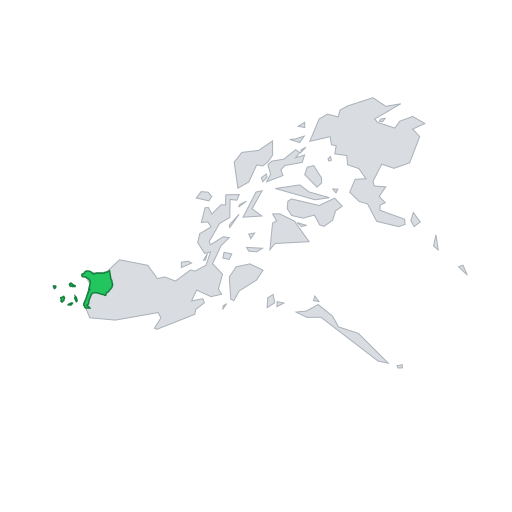 Cagayan on a map of Philippines (orthographic projection), rotated 260°
{"feature_id": "PHL-2545", "entity_name": "Cagayan", "entity_type": "Province", "adm_level": 1, "iso_a3": "PHL", "parent_name": "Philippines", "parent_adm1": "", "projection": "orthographic", "projection_center": [121.637, 18.548], "detail": "fine", "context": "in_parent", "style": "filled", "palette": "green", "viewbox_px": 512, "rotation_deg": 260, "n_neighbors": 0, "source": "natural_earth", "source_scale": "10m", "svg_char_len": 6813}
<svg xmlns="http://www.w3.org/2000/svg" viewBox="0 0 512 512"><g transform="rotate(260 256 256)"><path d="M237.5,78.6L257.6,87.7L269.0,83.0L266.0,105.7L276.0,121.0L265.6,147.8L250.9,155.0L251.2,162.5L245.3,172.3L253.6,189.0L251.7,193.5L255.6,205.2L267.9,211.9L267.5,205.8L279.3,200.9L287.8,204.5L292.5,216.9L297.9,214.4L298.5,208.0L312.3,214.2L312.0,217.5L305.0,219.8L312.5,230.4L311.6,234.9L321.5,236.9L319.4,250.2L314.3,246.8L316.2,240.3L298.5,236.9L294.3,225.7L278.5,212.5L275.0,213.1L280.6,227.1L278.7,232.8L272.5,223.6L255.9,211.8L243.9,219.9L230.0,213.2L224.3,215.5L223.8,204.6L232.8,191.6L223.0,184.8L223.1,196.2L218.9,197.0L213.8,187.3L209.2,185.6L201.0,145.6L202.6,143.5L211.5,151.6L217.3,149.9L217.3,106.3L224.0,81.6L237.5,78.6ZM359.6,328.9L380.0,342.0L383.3,351.0L378.7,361.1L385.1,364.1L387.8,371.9L391.6,398.6L380.8,409.9L380.8,425.0L370.3,396.7L366.5,398.8L357.9,414.9L363.8,421.1L366.2,434.6L357.1,445.3L353.8,432.3L345.2,437.9L321.1,423.5L318.4,407.1L324.6,395.8L309.3,384.2L304.4,384.5L301.6,395.8L293.2,387.6L286.1,392.5L284.6,387.1L279.6,386.0L266.3,408.8L261.3,408.3L260.1,401.8L269.1,380.9L287.9,374.9L291.8,367.1L302.6,359.4L314.3,366.9L313.0,377.7L324.2,372.5L330.0,362.0L339.2,362.9L342.9,351.3L350.6,354.1L352.5,349.6L360.6,349.8L359.6,328.9ZM299.3,343.5L290.2,349.6L286.6,342.2L278.0,337.7L273.4,328.2L275.4,324.2L286.2,320.6L285.1,308.9L289.7,298.1L297.3,295.0L304.4,296.9L306.0,300.9L294.8,326.9L299.3,343.5ZM352.2,250.8L360.5,260.1L359.5,277.0L366.5,292.3L352.5,289.9L346.9,284.5L343.5,278.4L345.6,272.5L330.2,261.8L325.9,250.0L352.2,250.8ZM259.8,270.8L285.5,278.0L287.1,282.4L294.5,279.7L293.4,286.7L283.7,299.9L260.9,310.7L265.0,276.8L259.8,270.8ZM162.0,343.4L127.5,367.6L131.3,358.0L184.4,309.3L186.8,295.3L193.8,285.8L193.0,296.0L197.4,308.8L183.4,321.0L171.9,324.9L162.0,343.4ZM217.8,223.6L240.0,226.1L248.8,234.6L249.3,248.6L240.8,260.5L232.1,252.2L224.6,233.5L216.0,226.5L217.8,223.6ZM334.0,284.6L344.0,283.6L346.7,288.1L346.5,300.2L353.8,313.5L350.3,316.9L345.9,312.0L347.1,321.4L340.1,317.7L340.1,300.4L336.6,295.4L330.6,296.5L327.2,279.3L334.0,284.6ZM300.7,338.5L301.1,323.9L319.1,286.8L318.4,311.5L309.9,319.3L300.7,338.5ZM335.0,328.5L321.8,334.0L316.6,333.4L313.2,328.0L327.7,318.1L334.5,321.8L335.0,328.5ZM296.5,250.0L319.0,267.2L319.2,273.3L303.2,260.3L294.4,268.6L296.5,250.0ZM327.2,219.9L322.3,222.8L318.5,219.1L323.5,207.3L328.9,213.1L327.2,219.9ZM271.4,418.5L261.1,423.7L257.5,416.8L263.9,414.6L271.4,418.5ZM203.2,258.0L212.8,260.3L215.1,266.2L206.7,266.3L203.2,258.0ZM259.7,223.0L265.2,225.2L262.2,232.5L257.3,229.0L259.7,223.0ZM235.0,432.6L245.6,436.9L230.4,436.5L235.0,432.6ZM365.7,324.3L360.2,318.7L364.9,309.5L364.4,315.0L365.7,324.3ZM266.1,248.2L262.5,263.7L260.0,257.3L262.1,249.7L266.1,248.2ZM210.2,453.6L211.0,458.2L200.5,460.8L210.2,453.6ZM262.9,181.4L262.6,188.4L260.2,191.3L257.6,180.5L262.9,181.4ZM281.8,302.2L277.3,311.2L277.2,306.0L281.8,302.2ZM207.4,268.9L204.8,275.2L202.5,267.8L207.4,268.9ZM334.9,280.4L331.5,280.6L328.0,275.6L332.2,274.9L334.9,280.4ZM278.9,252.7L278.9,258.6L273.9,253.8L278.9,252.7ZM379.2,327.2L374.1,326.3L376.4,320.0L379.2,327.2ZM291.0,235.0L300.1,246.6L288.6,235.2L291.0,235.0ZM206.4,306.9L200.3,310.1L202.0,304.9L206.4,306.9ZM308.7,343.2L307.6,348.2L304.2,345.7L308.7,343.2ZM309.6,249.1L311.6,256.0L307.2,247.3L309.6,249.1ZM123.5,381.1L120.4,380.7L121.1,376.3L123.5,375.9L123.5,381.1ZM341.1,346.6L337.2,346.9L336.8,344.3L339.2,343.8L341.1,346.6ZM369.2,407.1L366.3,404.1L367.2,400.9L369.2,402.4L369.2,407.1ZM212.6,214.9L214.2,218.8L209.6,214.3L212.6,214.9ZM352.8,318.9L354.4,324.1L350.0,317.9L352.8,318.9ZM261.5,68.8L257.1,72.1L260.3,67.3L261.5,68.8ZM266.9,208.6L260.8,205.5L260.9,203.5L266.9,208.6ZM245.4,56.2L249.2,59.9L244.9,57.5L245.4,56.2Z" fill="#d9dde1" stroke="#a8b0b8" stroke-width="1"/><path d="M234.7,78.8L235.3,78.5L235.7,78.4L235.9,78.4L236.5,78.4L236.8,78.4L237.0,78.2L237.4,77.9L237.7,77.8L238.0,77.9L238.2,78.0L238.5,78.1L239.1,78.2L239.4,78.3L239.6,78.5L239.7,78.8L239.9,79.0L241.3,79.6L242.0,80.3L244.6,81.7L245.0,82.0L245.4,82.3L246.2,82.5L248.2,83.9L248.5,84.0L248.8,84.0L249.0,84.1L249.2,84.3L249.3,84.5L249.6,84.7L250.8,85.2L251.4,85.9L251.8,86.7L252.3,87.2L251.9,86.6L251.9,86.0L252.2,85.6L252.6,85.7L253.0,86.0L257.8,87.9L259.0,88.2L259.6,88.2L261.1,88.0L261.5,87.8L262.9,87.0L263.9,85.3L264.3,85.0L264.8,84.9L265.0,84.6L265.1,83.7L265.7,81.6L265.9,81.3L267.2,81.2L267.8,81.2L268.2,81.4L268.4,81.8L268.5,83.0L268.6,83.5L268.9,83.8L269.6,84.4L269.9,84.6L270.4,85.3L270.6,86.5L270.5,87.7L270.1,88.9L269.6,89.9L268.9,90.8L268.5,91.2L267.6,91.8L266.7,92.7L266.6,92.9L266.4,93.2L266.4,93.6L266.5,93.8L266.6,94.1L266.6,94.3L266.6,95.3L266.8,96.2L266.8,96.5L265.7,101.8L265.6,102.1L265.7,102.8L265.7,103.0L265.5,103.4L265.5,103.6L265.6,103.8L266.0,104.2L266.1,104.5L266.1,106.9L266.3,107.7L266.9,109.2L258.8,109.1L258.3,109.2L257.4,109.6L257.0,109.7L253.8,109.7L252.4,109.9L252.0,109.5L251.6,109.3L251.1,109.0L250.7,108.9L250.1,108.6L249.6,108.1L248.8,107.0L246.9,104.9L246.3,104.2L246.1,103.7L245.8,102.6L245.6,102.1L245.2,101.8L244.9,101.7L244.5,101.7L244.0,101.6L243.4,101.1L243.4,100.6L243.7,100.0L244.2,99.5L244.5,99.1L244.9,97.8L247.2,93.3L247.6,92.1L247.9,90.8L247.9,89.5L247.7,88.4L247.1,87.5L242.3,84.4L240.9,83.7L238.2,82.8L237.5,82.3L237.3,81.8L237.3,81.4L237.1,81.0L236.8,80.8L236.4,80.9L236.1,81.3L235.9,81.7L235.7,81.9L235.2,82.3L234.8,82.7L234.3,83.1L233.6,83.4L234.1,80.3L234.3,79.3L234.7,78.8L234.7,78.8ZM249.0,58.5L249.3,58.9L249.4,59.0L249.5,59.2L249.5,59.3L249.6,59.6L249.3,59.7L249.0,59.6L248.8,59.7L248.7,59.8L248.6,60.0L248.3,60.2L247.5,59.9L247.4,59.8L246.3,59.2L246.2,59.1L245.8,59.1L245.6,59.0L245.5,58.7L245.1,58.1L244.3,57.1L244.3,56.9L244.8,56.8L245.1,56.7L245.5,56.1L247.0,56.7L247.5,56.7L248.0,56.6L248.4,56.4L248.8,56.4L249.0,56.7L249.0,58.1L249.0,58.3L249.0,58.5ZM261.0,68.0L261.3,68.3L261.5,68.7L261.5,69.1L260.8,69.4L260.2,70.2L259.9,70.6L259.0,71.4L258.6,71.9L258.4,72.4L258.2,72.7L257.7,72.6L257.3,72.3L257.5,71.9L257.5,71.4L258.1,70.9L258.4,70.4L257.8,69.8L258.1,69.5L258.3,69.0L258.4,68.6L258.3,68.4L258.5,68.3L258.9,67.7L259.1,67.5L259.3,67.5L259.5,67.6L259.8,67.5L260.2,67.3L260.3,67.3L260.6,67.4L260.7,67.6L260.8,67.8L261.0,68.0ZM245.3,70.4L246.1,70.2L246.4,70.3L246.8,70.6L247.0,70.8L247.4,71.0L247.7,71.0L247.1,71.4L246.5,71.7L245.8,71.9L243.4,72.1L242.8,72.0L242.3,71.5L242.2,71.1L242.4,71.0L242.9,71.0L244.3,70.5L245.3,70.4ZM240.5,62.6L240.8,62.7L240.9,62.9L241.0,63.1L241.3,64.2L241.6,65.3L241.8,66.3L241.4,67.1L240.5,66.2L240.1,65.7L240.0,65.1L240.0,64.4L240.5,63.2L240.5,62.6ZM261.1,51.2L261.3,51.2L261.5,51.4L261.7,51.5L261.5,52.0L261.4,53.0L261.2,53.4L260.7,53.6L260.3,53.5L259.7,52.8L259.2,52.5L259.0,52.3L258.9,52.0L259.0,51.7L259.8,51.6L260.2,51.7L260.4,51.6L260.6,51.5L260.9,51.2L261.1,51.2Z" fill="#22c55e" stroke="#15803d" stroke-width="1.5"/></g></svg>